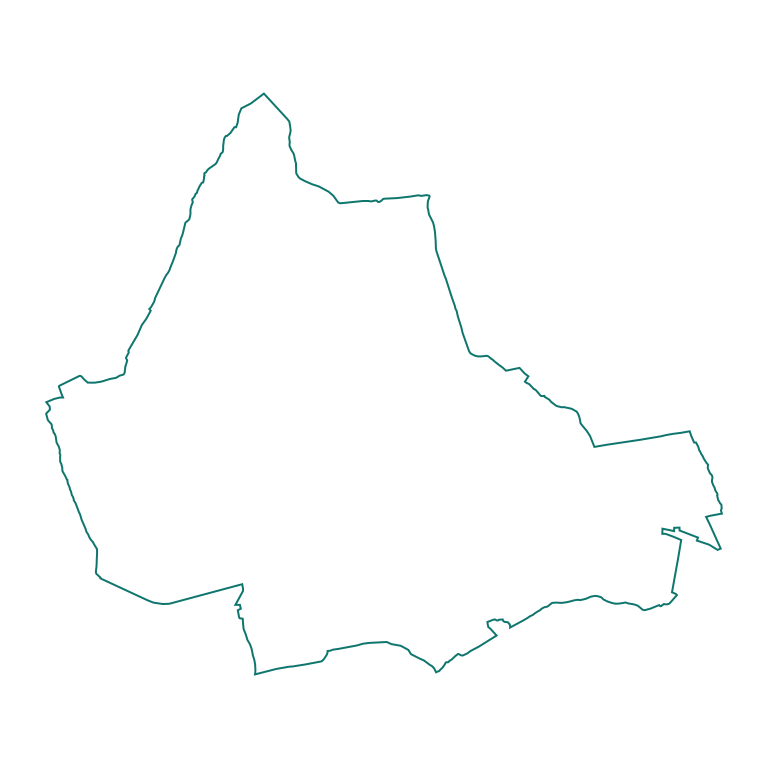 the district of Laza, Vaslui, Romania
{"feature_id": "2599482B98028982208936", "entity_name": "Laza", "entity_type": "district", "adm_level": 2, "iso_a3": "ROU", "parent_name": "Romania", "parent_adm1": "Vaslui", "projection": "albers", "projection_center": [27.592, 46.65], "detail": "fine", "context": "isolated", "style": "outline", "palette": "teal", "viewbox_px": 768, "rotation_deg": 0, "n_neighbors": 0, "source": "geoboundaries", "source_scale": "gbopen_adm2", "svg_char_len": 6051}
<svg xmlns="http://www.w3.org/2000/svg" viewBox="0 0 768 768"><path d="M255.0,674.4L276.5,668.9L289.1,666.7L292.3,666.5L305.1,664.5L320.9,661.5L322.0,661.1L324.1,658.9L326.8,654.7L327.5,652.7L327.6,651.0L329.8,650.8L333.2,649.6L337.9,649.0L356.7,645.5L363.0,643.7L369.4,642.9L386.7,642.0L391.4,644.1L400.8,645.8L408.5,650.0L410.4,653.3L411.1,654.2L419.3,658.4L424.0,660.5L429.5,664.6L432.1,666.2L434.1,668.3L436.1,672.3L438.0,671.4L438.9,671.2L439.6,670.6L440.3,669.7L442.4,667.8L444.6,664.7L445.5,663.0L446.3,662.2L447.9,662.3L448.6,662.0L449.5,660.8L451.5,659.7L455.4,656.0L458.0,654.0L458.8,654.1L461.2,655.4L462.0,655.5L463.0,655.4L467.3,653.4L470.5,651.0L478.9,646.6L496.6,635.5L490.6,629.0L488.3,627.0L487.7,624.2L487.4,622.0L492.8,619.9L494.8,619.4L496.8,620.4L497.8,620.5L499.1,619.7L502.7,619.5L502.8,620.0L503.4,621.1L504.6,621.9L508.0,622.3L509.7,624.5L510.2,626.0L510.1,627.5L523.2,620.5L527.6,617.9L529.7,616.4L532.9,614.9L534.6,613.5L537.8,611.4L540.1,610.2L541.1,609.1L543.0,607.9L544.5,607.2L547.4,606.6L552.1,602.9L556.0,602.6L561.7,602.9L566.9,602.2L572.3,600.9L573.3,600.5L575.7,600.1L577.5,599.8L580.3,600.1L585.6,598.9L591.0,596.6L595.1,595.9L597.4,596.1L600.1,596.9L601.4,597.4L603.4,599.4L607.3,601.4L611.4,602.8L614.8,603.6L617.4,603.7L621.2,603.3L625.4,602.5L629.0,603.6L632.0,604.0L634.7,604.6L637.8,605.7L642.6,609.7L644.6,610.2L650.3,608.7L659.1,605.1L660.4,606.2L661.2,606.1L661.8,605.5L664.0,604.0L665.4,604.4L667.7,604.2L669.2,603.7L670.3,602.6L676.9,595.1L675.6,593.8L672.0,592.3L678.2,557.9L681.2,540.0L672.8,536.5L666.3,534.1L664.9,533.8L662.3,533.8L662.5,528.7L674.1,531.1L674.2,527.8L679.5,527.6L679.6,530.5L698.0,537.6L696.9,540.6L709.2,544.7L717.6,549.9L720.7,548.6L709.8,524.5L706.1,516.9L710.1,515.8L721.9,513.6L721.0,510.6L721.1,509.8L721.7,508.5L721.4,504.7L721.2,504.4L720.1,503.4L719.0,501.2L718.3,500.3L717.1,495.6L717.5,495.0L717.2,493.4L715.5,490.8L714.5,487.5L713.4,485.6L712.0,482.0L712.0,480.0L712.4,477.9L712.4,476.8L711.9,475.5L711.4,474.7L710.0,473.3L707.9,468.6L707.7,467.8L708.1,464.7L706.8,463.3L704.4,459.6L703.3,457.7L702.9,456.5L701.4,454.3L700.3,451.9L699.8,451.3L699.7,450.8L699.3,450.4L698.3,446.9L696.1,442.6L694.1,442.5L691.2,435.8L689.7,431.3L680.6,432.9L673.3,433.8L665.9,435.1L661.5,436.2L640.8,439.7L606.5,444.8L594.4,446.9L590.0,435.9L586.6,430.7L581.4,424.5L580.5,423.0L579.8,418.8L579.0,416.2L577.9,413.5L576.6,411.6L572.3,409.1L571.0,408.6L564.8,407.3L563.4,407.1L561.9,407.3L557.3,406.2L556.1,405.7L551.0,401.8L550.3,400.8L548.9,399.4L544.7,396.9L544.4,395.9L542.8,396.1L541.0,395.9L540.2,395.3L538.9,393.6L536.1,390.4L534.6,389.2L533.9,389.1L529.2,384.1L526.4,382.8L524.9,381.7L528.4,376.3L524.7,373.5L519.5,367.9L506.0,370.7L502.2,367.2L499.0,365.0L493.9,360.9L492.4,359.4L491.6,359.1L488.8,356.7L487.8,356.1L486.6,355.8L481.5,356.4L477.8,356.4L474.9,355.7L471.5,354.0L470.1,352.9L469.0,351.0L462.6,332.9L461.2,327.0L457.9,316.7L456.6,310.8L455.4,308.6L454.9,306.1L452.0,297.9L445.7,278.3L444.8,276.4L436.5,251.4L435.9,248.5L435.7,241.8L435.0,232.2L434.1,226.7L433.1,222.6L429.0,214.4L428.1,209.3L427.6,207.6L427.7,204.0L428.0,200.9L429.6,196.6L429.3,195.7L426.8,195.1L421.1,195.9L418.3,195.3L410.2,196.6L396.8,198.1L384.3,198.7L383.0,199.1L381.4,200.7L379.2,202.0L378.1,202.0L376.6,200.6L375.4,200.5L372.4,201.2L370.0,201.4L368.8,201.0L362.8,201.0L340.2,203.3L338.2,202.5L333.3,195.7L328.6,191.7L318.7,186.4L312.2,184.3L305.1,181.2L300.1,178.6L298.5,177.0L296.4,173.7L296.2,172.5L296.0,163.4L295.2,160.8L294.1,155.2L293.4,153.2L291.3,149.9L289.6,146.1L289.5,144.0L289.8,142.2L289.2,138.2L289.2,137.1L290.5,131.7L290.6,130.1L290.1,126.1L289.3,121.5L287.0,118.7L263.9,93.6L250.8,103.5L241.4,108.3L238.8,114.5L237.6,122.9L236.1,127.2L234.4,127.2L230.5,132.9L227.2,135.8L226.6,136.0L226.0,135.9L224.6,137.6L223.8,140.4L223.5,143.5L223.1,146.4L223.2,147.8L223.1,149.8L222.8,151.7L222.4,152.4L220.7,153.8L219.9,156.1L218.4,158.8L216.9,162.1L215.7,163.9L209.0,168.6L207.5,170.0L206.0,172.3L204.5,173.1L204.2,174.7L204.6,175.6L204.0,176.7L204.1,178.1L203.2,182.4L202.4,182.5L201.5,183.2L199.2,186.9L198.3,189.3L197.6,190.2L197.0,192.7L195.6,193.9L194.4,196.8L192.4,199.0L192.2,199.8L192.8,202.3L191.5,205.3L190.6,208.5L190.4,210.9L190.5,213.5L190.2,215.5L189.3,219.2L188.3,220.3L185.7,222.4L185.3,223.0L183.4,231.1L182.3,235.2L180.9,238.5L179.5,244.9L178.9,245.7L177.8,246.6L176.9,248.4L176.3,250.3L176.0,252.4L175.6,253.9L172.6,262.1L170.2,267.9L169.5,270.1L167.9,273.0L166.5,274.7L164.8,277.6L154.9,298.5L154.8,299.7L154.0,302.0L151.0,307.2L149.3,309.0L150.7,310.6L150.2,311.7L146.1,319.1L141.9,324.9L137.6,334.8L128.4,350.5L128.4,351.3L128.8,352.1L128.3,353.4L126.1,357.5L126.1,358.3L127.2,360.3L126.3,363.8L125.2,367.0L125.3,367.9L124.8,370.5L124.8,372.1L124.4,373.2L123.6,374.5L119.6,375.7L115.9,377.9L110.2,378.9L101.5,381.6L94.7,382.7L87.7,382.6L84.2,379.5L81.5,376.5L80.7,376.0L79.5,375.9L59.3,385.8L58.9,386.4L59.0,386.9L61.9,395.0L63.0,397.5L60.1,397.5L54.3,398.9L46.3,402.2L49.6,406.4L49.9,408.6L49.8,409.8L46.6,413.1L46.1,414.0L46.4,414.7L47.7,419.6L48.4,420.8L51.4,424.1L51.8,425.4L52.0,428.4L53.0,429.9L53.8,433.0L54.2,433.2L54.8,434.2L55.7,436.4L56.6,442.6L58.7,446.4L59.6,449.2L59.8,450.5L59.6,453.1L60.3,454.7L60.1,457.3L60.2,461.7L61.3,464.0L62.3,467.9L62.3,470.0L62.6,471.4L65.6,476.7L66.9,479.7L67.4,479.9L67.6,482.3L67.9,483.5L69.7,487.7L69.9,489.2L71.0,491.5L71.9,495.2L72.7,496.4L73.5,498.3L73.8,500.3L75.7,503.5L79.0,512.3L80.0,514.2L81.7,519.9L85.6,528.9L86.2,531.1L86.9,532.6L88.2,534.4L88.7,535.8L89.9,538.3L90.7,539.5L93.0,542.2L93.6,543.5L97.0,549.1L97.1,553.1L96.7,560.6L96.7,562.9L96.4,567.6L96.0,570.2L95.9,572.5L96.3,573.7L100.5,577.7L100.4,578.4L147.6,600.3L153.4,602.6L162.6,604.0L169.2,603.8L242.2,584.2L242.9,588.0L243.1,589.8L242.9,591.2L235.4,604.9L239.9,604.9L240.8,608.7L237.8,610.3L239.0,616.7L239.4,618.0L239.8,618.3L242.7,618.7L243.4,627.3L243.7,629.3L245.7,634.2L247.5,640.1L249.2,642.8L250.2,644.9L251.7,649.2L252.9,655.4L254.3,659.8L255.1,664.4L255.4,669.3L255.3,672.5L255.0,674.4Z" fill="none" stroke="#0f766e" stroke-width="2"/></svg>